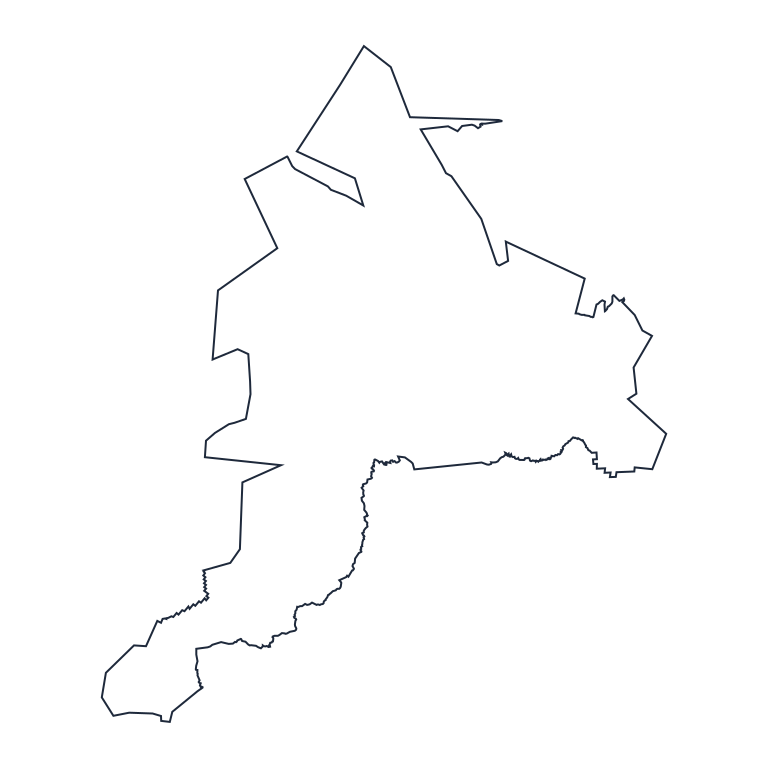 the district of Santa Clara, Durango, Mexico
{"feature_id": "50627088B43651685111163", "entity_name": "Santa Clara", "entity_type": "district", "adm_level": 2, "iso_a3": "MEX", "parent_name": "Mexico", "parent_adm1": "Durango", "projection": "mercator", "projection_center": [-103.397, 24.488], "detail": "fine", "context": "isolated", "style": "outline", "palette": "slate", "viewbox_px": 768, "rotation_deg": 0, "n_neighbors": 0, "source": "geoboundaries", "source_scale": "gbopen_adm2", "svg_char_len": 6112}
<svg xmlns="http://www.w3.org/2000/svg" viewBox="0 0 768 768"><path d="M480.5,124.0L482.1,124.6L482.0,123.6L485.1,123.7L502.3,121.1L498.5,120.0L410.0,117.2L390.8,67.1L363.9,46.1L340.1,84.8L296.8,151.4L354.9,178.3L363.3,205.5L346.2,195.7L330.9,189.8L327.9,186.4L295.1,169.1L292.2,166.1L287.6,156.9L287.1,156.5L244.7,179.0L277.3,248.2L218.0,290.4L212.6,359.5L237.6,349.2L248.3,354.1L250.1,381.7L250.5,394.2L245.9,418.9L234.5,422.8L228.9,424.2L215.0,432.9L206.0,440.7L204.9,457.2L281.0,465.2L242.4,482.4L239.9,549.2L230.3,562.9L203.6,570.4L204.2,570.9L203.6,571.5L205.0,573.2L203.3,575.5L205.4,577.2L203.7,579.4L205.9,581.0L204.0,583.3L206.0,584.9L204.2,587.1L206.1,588.6L204.2,590.8L208.2,593.8L206.4,596.1L208.4,597.7L206.2,600.3L204.6,598.3L201.0,602.7L199.0,601.3L195.3,605.8L193.3,604.3L189.6,608.8L188.4,606.5L184.5,611.2L182.2,610.2L178.5,614.6L176.6,613.0L173.3,617.0L171.4,616.3L168.2,617.9L166.4,618.2L166.4,619.0L164.8,618.5L162.6,618.9L161.0,622.8L157.3,620.9L146.0,646.2L134.0,645.4L105.9,672.8L101.8,697.4L113.4,715.8L129.2,712.7L152.6,713.5L161.0,716.0L161.2,720.9L169.8,721.9L172.3,711.8L197.4,691.3L202.5,687.7L202.6,687.2L201.6,686.6L200.8,687.0L199.9,685.3L200.7,683.3L199.4,682.9L198.7,682.0L199.6,680.3L197.5,675.4L197.7,673.7L197.3,673.0L197.4,670.0L196.0,669.8L195.8,669.3L196.2,665.8L197.5,661.3L196.3,654.6L196.3,648.8L207.7,647.3L210.3,646.4L212.3,644.8L221.1,642.1L228.7,643.9L232.9,643.6L235.0,641.9L236.0,642.2L236.8,641.6L237.3,640.5L240.8,638.9L241.2,639.1L242.1,641.0L245.5,641.7L248.2,644.5L249.7,645.4L251.1,645.2L256.0,645.8L258.1,647.2L260.9,648.3L262.8,646.4L262.8,645.4L263.9,646.2L265.5,646.4L266.8,646.0L268.5,647.0L270.1,646.7L269.9,645.7L269.2,645.1L269.7,644.4L270.2,642.8L271.7,642.5L272.2,641.6L272.9,641.5L273.0,641.2L273.3,638.8L273.2,637.9L272.5,637.2L272.7,636.5L274.4,635.8L277.9,635.8L279.4,635.0L281.9,633.1L284.8,633.4L285.3,633.8L286.7,633.6L289.9,631.8L294.8,630.8L296.1,629.7L296.3,628.4L295.1,626.0L294.9,624.4L295.4,620.9L296.2,619.5L295.8,618.7L294.4,617.9L293.9,616.9L295.0,616.0L294.5,614.9L295.3,613.5L295.3,611.2L296.6,609.7L297.2,606.8L298.1,607.0L300.3,606.1L302.1,606.1L305.1,603.9L307.1,604.9L308.6,604.6L309.7,604.3L312.0,602.6L316.6,604.9L317.3,604.5L318.4,604.5L319.8,605.0L321.0,604.3L322.8,604.0L323.6,603.2L323.7,601.9L324.3,600.9L325.6,600.1L325.5,599.6L327.3,597.2L328.1,595.0L329.1,594.7L329.7,593.8L330.3,593.6L332.8,591.2L335.8,590.3L336.5,589.3L337.4,588.8L339.2,588.8L340.0,588.1L340.7,586.8L341.3,582.9L341.0,582.2L339.3,580.2L346.2,577.1L347.1,575.7L348.4,576.7L352.1,570.5L352.8,570.4L353.8,569.1L353.9,568.6L352.5,566.1L353.0,564.2L354.7,562.9L355.1,558.6L358.9,553.0L361.3,551.9L361.4,551.4L360.5,550.0L360.5,549.5L361.2,549.0L361.0,547.1L362.3,546.2L361.9,545.2L362.3,544.1L362.4,542.2L363.2,539.7L364.1,539.1L363.6,537.2L364.4,536.5L364.0,535.6L363.1,535.1L362.2,533.2L363.8,532.4L363.7,531.1L364.4,529.7L365.8,528.0L367.5,526.6L367.1,524.8L367.3,522.7L364.7,520.2L364.9,519.4L364.3,517.2L366.2,516.1L367.2,516.1L367.7,515.5L367.0,514.7L366.9,513.5L366.3,512.4L364.2,509.9L364.5,506.0L363.9,503.3L361.9,500.7L361.5,497.8L363.8,496.2L363.9,495.5L363.3,494.4L363.2,492.3L363.6,490.5L361.6,487.8L363.3,486.2L362.8,485.0L363.2,484.2L366.0,483.5L367.1,482.5L367.5,479.5L370.7,478.8L371.6,478.3L372.0,477.8L371.1,476.3L371.7,473.9L371.3,473.2L371.3,472.1L372.1,471.6L373.7,471.4L374.0,470.8L373.3,469.5L371.6,468.4L371.6,467.7L372.5,467.1L372.8,466.0L373.2,465.7L374.0,466.1L374.1,465.1L373.6,464.6L373.5,462.9L374.1,462.4L374.4,459.7L374.7,459.5L375.2,459.5L378.0,461.0L379.3,462.7L379.8,461.9L382.0,461.4L384.1,464.5L386.1,465.0L386.4,464.9L386.5,464.0L385.3,463.9L385.0,463.0L386.0,462.0L390.4,463.0L390.1,461.6L390.7,460.6L392.3,460.4L393.1,461.8L394.6,461.1L396.1,462.6L397.2,462.5L398.8,461.7L399.8,460.4L398.1,456.5L404.9,457.4L411.1,461.9L412.7,463.5L414.3,469.4L481.6,462.5L487.0,464.5L488.9,464.7L491.1,463.9L491.5,463.0L491.2,462.3L492.9,462.5L495.7,462.3L497.8,461.4L500.2,458.3L501.7,457.2L503.4,456.7L505.1,455.0L505.6,453.9L505.2,452.7L506.2,453.2L506.9,455.2L507.5,455.6L508.0,454.1L508.6,453.6L508.9,455.5L509.5,456.6L510.2,456.6L510.5,455.0L511.1,454.3L511.5,456.0L512.3,456.8L512.9,457.1L514.5,456.8L515.0,458.3L516.1,458.9L517.4,458.8L518.2,458.0L518.8,459.4L519.5,459.9L524.1,460.0L524.7,459.5L524.7,458.7L525.1,458.2L527.1,458.2L528.3,457.8L529.4,458.3L530.0,460.6L530.9,461.1L531.4,461.1L532.9,460.4L533.7,460.8L535.1,460.8L535.7,461.8L536.3,460.8L536.7,461.2L537.6,461.0L538.3,461.7L538.9,461.0L540.3,460.8L540.0,459.7L540.6,459.1L541.1,460.5L542.4,460.4L543.0,459.5L543.9,459.9L545.7,459.5L546.0,460.0L547.6,459.3L547.6,458.5L548.9,457.9L549.5,459.2L550.0,459.2L550.6,458.7L550.9,457.3L551.5,456.8L551.6,455.8L554.2,456.3L555.4,455.0L557.1,455.2L558.1,454.1L559.5,454.4L560.0,454.1L560.6,453.4L560.7,451.9L561.5,452.1L561.7,451.8L561.3,450.2L562.3,450.3L563.1,448.8L562.6,447.6L563.3,446.3L564.7,445.4L565.3,444.2L568.2,442.5L568.5,441.2L570.1,440.8L570.8,439.7L573.1,437.4L574.5,438.0L575.0,437.7L577.6,438.9L578.1,438.2L581.8,440.4L582.6,440.1L583.0,440.4L583.1,441.3L584.1,442.4L585.3,444.8L586.0,445.5L585.9,447.1L587.4,448.0L588.4,450.2L589.6,450.6L591.7,452.8L596.5,452.5L596.9,459.2L593.0,459.4L593.4,464.0L596.9,463.9L596.8,468.7L605.1,468.3L604.6,472.8L610.6,472.5L609.9,477.1L615.8,476.9L616.5,472.2L634.3,471.5L634.7,467.4L652.3,469.2L666.2,433.8L628.0,399.0L636.4,393.7L633.6,367.5L652.0,335.9L642.4,330.5L634.7,315.0L622.3,302.1L623.9,301.0L624.3,299.7L623.8,298.4L622.9,299.4L619.4,300.9L613.7,295.2L613.1,295.4L612.4,296.4L612.4,301.7L611.7,303.5L609.0,306.2L607.8,306.7L607.0,309.1L605.1,311.2L604.9,311.3L604.5,304.6L605.0,301.6L602.3,300.3L600.0,301.9L598.1,303.8L596.5,304.5L593.4,317.0L592.7,317.3L591.9,316.9L590.8,316.9L589.3,316.0L584.9,315.3L584.6,314.9L581.8,314.9L579.4,314.2L578.8,313.7L575.6,313.4L584.7,278.6L505.8,241.6L508.1,260.9L499.3,265.5L496.8,264.1L481.3,218.9L451.4,176.2L446.0,173.2L441.7,164.8L420.7,129.4L448.1,126.3L457.6,131.2L462.1,126.0L471.9,124.7L474.6,125.6L478.0,128.2L480.6,126.6L480.1,124.5L480.5,124.0Z" fill="none" stroke="#1e293b" stroke-width="2"/></svg>